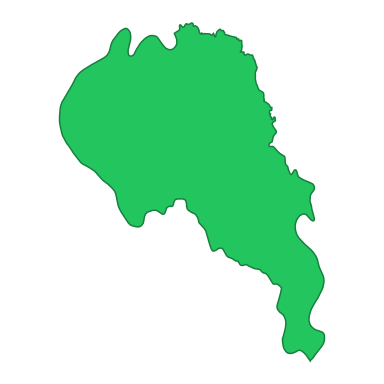 Nhon Trach, Hồ Chí Minh city, Vietnam (Equal Earth projection)
{"feature_id": "81297802B6615511759285", "entity_name": "Nhon Trach", "entity_type": "district", "adm_level": 2, "iso_a3": "VNM", "parent_name": "Vietnam", "parent_adm1": "Hồ Chí Minh city", "projection": "equal_earth", "projection_center": [106.926, 10.654], "detail": "fine", "context": "isolated", "style": "filled", "palette": "green", "viewbox_px": 384, "rotation_deg": 0, "n_neighbors": 0, "source": "geoboundaries", "source_scale": "gbopen_adm2", "svg_char_len": 5927}
<svg xmlns="http://www.w3.org/2000/svg" viewBox="0 0 384 384"><path d="M310.2,361.0L310.4,360.5L313.0,357.9L315.1,354.8L321.4,346.8L323.1,344.2L323.9,342.3L324.3,340.7L324.5,338.9L324.5,335.9L324.2,334.7L323.8,333.7L323.2,332.9L322.3,332.2L319.7,331.1L315.8,329.9L314.7,329.3L312.8,327.9L311.6,326.8L310.6,325.4L309.8,323.8L309.0,320.9L309.0,319.4L309.1,316.8L309.7,314.1L310.9,310.2L312.0,307.8L315.0,302.4L317.6,298.4L322.2,289.3L323.0,287.1L323.8,283.0L324.0,280.8L323.7,277.8L322.8,275.0L319.8,268.4L319.0,266.2L317.2,259.0L315.8,256.0L313.2,252.2L310.7,249.5L305.2,244.7L299.0,238.1L296.9,234.8L295.8,231.4L295.4,229.5L295.1,226.2L295.6,223.1L296.3,220.8L297.1,219.2L298.9,216.6L299.9,215.5L302.2,214.4L303.3,214.0L305.1,214.1L306.1,214.6L307.5,215.9L310.8,219.7L311.5,220.2L312.8,220.9L313.9,220.6L314.1,220.3L314.4,218.7L311.8,208.9L311.4,205.9L310.0,201.2L310.0,199.8L310.4,195.6L311.1,193.9L314.0,189.9L314.3,189.0L314.4,188.2L314.3,186.8L313.8,185.4L313.3,184.6L312.4,183.8L309.9,182.5L304.2,180.2L300.9,178.5L298.5,176.8L297.6,174.8L296.9,171.8L296.2,170.5L295.7,169.9L294.8,170.0L294.3,170.2L292.6,173.0L291.5,174.4L290.8,174.4L290.1,173.8L288.7,170.4L287.9,167.3L287.5,166.2L286.0,164.8L285.6,164.2L285.3,162.8L285.0,158.0L284.5,156.3L280.5,153.9L279.3,152.9L278.0,151.8L276.9,150.4L276.1,149.8L275.8,149.2L273.2,146.5L269.7,146.5L269.1,146.0L268.9,144.7L269.3,143.8L270.6,142.6L272.2,141.7L273.2,136.9L274.4,134.7L276.2,132.8L276.4,131.9L276.0,130.6L274.0,127.8L272.4,124.8L272.3,124.2L272.4,123.2L272.9,122.4L274.0,121.6L274.9,121.2L275.4,120.6L275.4,119.9L275.0,117.5L274.3,117.1L273.9,117.2L273.4,117.6L272.8,119.5L272.3,119.6L271.6,119.2L271.4,118.6L271.4,118.2L271.1,117.1L270.2,115.8L269.9,115.5L269.9,115.0L270.5,114.4L270.5,113.9L269.5,113.2L269.4,112.7L269.8,110.7L270.0,110.3L271.5,110.4L271.7,110.2L271.9,107.5L271.7,107.4L270.2,107.2L270.0,106.8L269.8,105.8L268.8,104.4L267.9,103.6L266.1,102.4L263.9,101.2L263.9,100.8L264.2,100.5L264.3,100.0L263.7,97.2L263.9,95.7L263.5,93.1L262.9,92.3L259.4,90.2L258.7,89.4L257.4,86.3L257.2,85.5L256.2,83.5L255.3,78.6L255.4,76.2L255.3,72.3L256.6,69.7L256.9,67.9L257.2,67.3L256.8,66.9L256.4,66.1L254.8,60.5L253.5,58.1L252.5,55.2L252.1,55.0L250.4,55.1L249.8,54.9L248.5,54.1L247.6,54.0L245.1,55.2L244.4,54.8L244.2,54.6L244.0,52.5L243.8,52.1L243.1,52.6L242.3,51.9L241.3,52.2L240.4,51.6L241.0,51.1L241.6,50.1L241.7,49.5L241.7,47.9L242.1,46.9L242.0,44.7L241.6,43.5L241.8,41.4L241.7,40.8L241.2,40.3L238.9,40.6L238.7,39.1L237.0,39.1L236.9,38.2L236.4,38.2L236.3,37.5L230.0,36.0L229.4,35.6L225.4,34.6L224.6,34.1L224.6,32.6L224.3,32.1L223.7,31.6L223.5,30.7L223.1,30.5L221.2,30.6L220.4,29.3L219.5,29.4L219.1,29.7L217.0,31.7L216.1,34.1L215.9,34.9L215.9,36.2L215.6,36.6L214.8,36.7L213.5,33.4L211.7,35.2L211.0,35.0L209.7,33.9L204.0,33.6L203.7,33.6L203.0,34.1L202.6,34.1L202.2,33.8L202.0,33.2L201.6,33.0L201.4,33.2L201.1,34.1L200.8,34.1L199.4,32.7L198.9,29.8L197.6,27.3L197.1,26.8L195.2,25.8L194.3,26.2L193.6,26.3L193.4,26.0L193.0,23.7L192.5,23.2L191.3,23.0L190.3,23.8L188.8,24.3L187.7,24.3L186.6,23.8L186.0,23.8L185.0,25.1L184.2,26.7L183.6,27.2L182.8,27.0L182.2,26.6L180.9,25.2L180.2,24.8L179.8,25.1L179.6,25.4L179.5,26.0L179.7,29.0L179.4,29.9L179.2,30.2L174.3,33.3L176.2,37.9L176.7,39.6L176.9,42.0L176.8,43.3L176.6,44.3L175.5,46.5L173.7,48.4L172.5,49.2L171.3,49.6L170.0,49.7L168.5,49.5L167.1,48.9L165.7,48.1L164.3,46.8L161.9,43.7L157.4,37.3L155.9,36.2L155.1,36.0L152.6,35.5L150.6,35.6L149.2,36.0L145.9,37.8L142.1,41.3L140.1,43.6L136.1,50.0L134.1,54.1L133.7,54.6L133.1,55.2L131.6,56.0L130.7,56.1L129.8,56.0L128.9,55.2L128.5,54.4L128.1,52.3L128.2,49.9L128.9,46.6L130.3,41.0L130.6,39.3L130.7,37.5L130.6,35.0L130.3,33.3L130.1,32.5L129.4,31.2L128.5,30.0L127.6,29.1L126.9,28.6L126.2,28.4L124.7,28.6L121.7,30.1L120.0,31.5L118.4,33.2L113.1,40.1L111.5,43.2L109.4,51.3L107.4,54.9L105.5,56.7L103.1,58.3L92.1,64.4L84.5,69.1L81.4,71.3L80.0,72.5L78.3,74.3L76.2,77.1L75.5,78.2L72.6,84.1L61.9,102.4L60.6,106.3L60.2,108.7L59.6,115.3L59.5,120.7L59.7,123.0L60.3,126.5L62.0,133.9L62.6,135.7L66.6,143.2L69.3,146.7L73.4,153.0L80.5,162.2L81.3,163.0L83.3,164.4L86.4,165.9L91.0,168.7L94.2,170.8L96.0,172.6L100.8,178.1L103.2,180.6L107.8,184.0L111.6,187.6L114.0,190.3L115.6,193.3L116.5,197.3L117.7,203.4L118.7,207.2L120.9,211.6L128.2,222.8L129.8,224.4L131.2,225.4L135.0,226.5L136.9,226.8L139.0,226.9L141.2,225.8L142.4,224.4L143.1,223.3L143.6,221.6L144.4,217.1L145.3,214.3L147.3,212.3L148.7,211.7L152.3,210.5L153.8,210.2L155.2,210.2L156.2,210.4L157.6,211.0L161.2,213.4L162.4,214.1L163.0,214.3L163.7,214.2L164.6,213.4L165.2,212.4L166.2,209.2L167.0,207.6L168.9,206.4L169.6,206.3L171.8,206.5L172.3,206.2L173.0,205.6L173.3,204.8L173.9,202.2L174.2,201.5L175.1,199.9L175.6,199.4L178.1,198.9L181.9,198.9L183.2,199.0L185.2,199.9L185.8,201.0L186.5,203.6L186.7,206.9L187.2,208.8L188.5,210.4L189.9,211.3L191.4,212.3L194.5,213.7L195.4,214.3L197.4,217.0L198.1,218.8L199.0,222.7L203.1,227.2L204.9,229.4L205.8,231.0L209.8,244.8L211.0,248.3L211.9,250.1L212.4,250.7L213.1,251.0L214.0,251.1L215.9,250.3L218.4,248.6L219.2,248.2L220.2,248.1L221.9,248.3L222.7,248.9L223.2,249.6L226.4,255.4L227.3,256.4L228.4,257.2L232.3,258.6L235.5,260.9L237.1,261.0L237.8,261.3L238.5,262.0L239.9,264.4L240.4,264.9L241.1,265.4L241.9,265.5L243.5,265.3L245.6,264.6L246.1,264.5L249.2,266.3L254.5,268.6L259.4,269.4L260.1,269.8L262.5,272.4L263.1,272.8L265.3,273.3L266.2,273.9L267.3,274.9L268.0,275.7L271.7,281.8L273.2,283.9L273.9,284.2L276.0,284.0L277.1,284.1L277.7,284.4L279.9,286.1L281.6,287.9L280.6,293.0L278.7,299.9L277.4,304.2L277.0,306.8L277.0,307.6L277.4,308.9L278.3,310.4L279.7,312.1L282.8,314.5L283.8,315.9L284.6,317.3L285.4,319.7L285.9,322.0L285.8,324.5L285.4,328.0L283.6,335.3L282.5,338.6L282.5,341.1L282.9,344.0L283.4,346.9L284.2,349.0L285.5,351.0L286.7,352.4L288.2,353.2L290.7,353.5L292.5,353.2L295.9,351.8L297.9,350.6L299.4,350.2L301.5,350.8L304.1,352.9L306.1,355.0L310.2,361.0Z" fill="#22c55e" stroke="#15803d" stroke-width="1.5"/></svg>